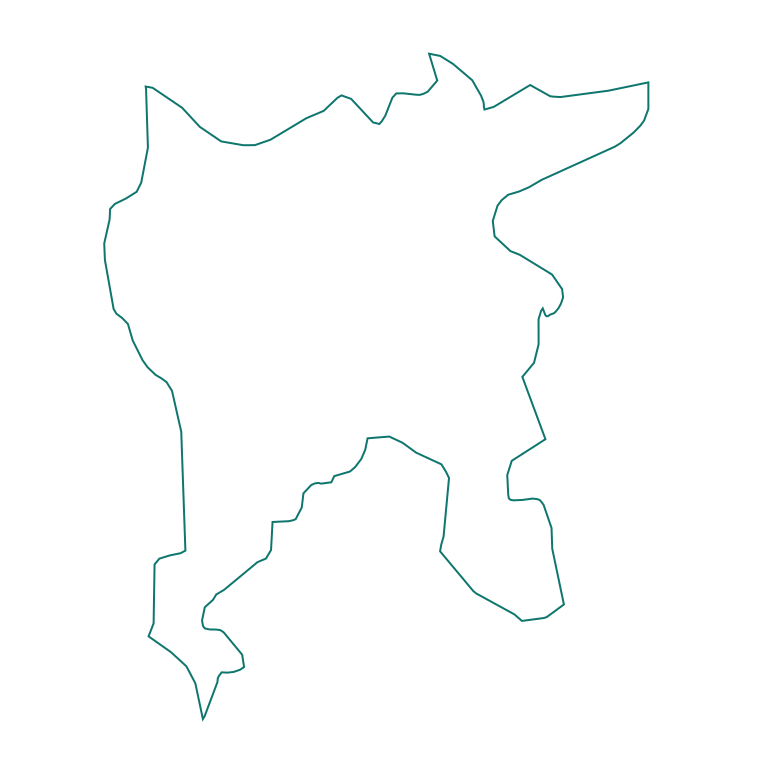 the Canton of Aargau, rotated 268°
{"feature_id": "CHE-162", "entity_name": "Aargau", "entity_type": "Canton", "adm_level": 1, "iso_a3": "CHE", "parent_name": "Switzerland", "parent_adm1": "", "projection": "robinson", "projection_center": [8.112, 47.382], "detail": "fine", "context": "isolated", "style": "outline", "palette": "teal", "viewbox_px": 768, "rotation_deg": 268, "n_neighbors": 0, "source": "natural_earth", "source_scale": "10m", "svg_char_len": 2344}
<svg xmlns="http://www.w3.org/2000/svg" viewBox="0 0 768 768"><g transform="rotate(268 384 384)"><path d="M534.2,109.3L557.9,115.5L568.5,116.4L573.4,121.4L578.3,132.4L584.7,143.5L593.7,148.4L628.4,156.3L686.9,156.5L689.6,156.2L688.1,163.1L667.1,191.9L647.4,208.9L632.1,229.8L627.6,251.5L627.2,263.2L632.1,279.1L652.3,315.6L659.1,333.3L671.6,347.4L673.9,351.6L670.1,361.1L645.8,382.2L644.0,388.4L646.7,391.0L652.0,394.6L669.9,402.4L674.0,406.5L673.8,413.7L672.0,426.1L671.7,429.8L672.6,433.5L674.6,437.9L685.4,447.8L712.5,440.6L709.9,451.6L701.5,464.1L684.5,482.8L668.7,491.1L662.6,493.2L660.2,493.5L657.4,493.5L654.8,494.0L657.1,503.3L677.7,540.5L665.8,560.1L665.3,563.2L664.6,570.3L669.3,618.5L676.2,658.7L675.5,658.7L649.6,657.8L638.2,653.1L633.2,649.2L626.5,642.1L616.4,628.7L613.2,623.1L582.5,548.6L575.5,535.6L571.7,525.8L568.8,514.7L563.7,508.1L558.3,503.7L543.2,498.4L527.7,499.7L512.4,515.0L508.3,524.3L487.5,555.8L472.6,565.3L464.4,566.0L458.2,563.7L453.9,561.2L450.5,558.3L448.8,556.4L447.6,552.6L446.1,550.3L446.1,548.7L447.4,547.6L454.0,545.3L451.5,543.5L443.2,540.7L418.3,539.9L400.0,534.7L386.3,522.5L323.2,543.4L302.8,509.0L288.7,504.0L269.1,504.3L265.3,504.8L263.9,506.3L263.2,509.4L263.3,518.5L264.3,528.2L263.8,532.2L263.1,534.5L262.6,535.6L261.1,536.9L257.6,539.3L234.3,546.4L213.4,546.4L157.4,556.1L145.5,538.7L144.6,536.0L142.4,513.6L149.2,506.3L171.4,468.9L174.1,465.9L214.8,434.2L221.4,435.6L229.4,438.2L287.8,445.7L294.3,442.8L301.7,438.6L314.2,413.8L324.6,400.5L331.3,387.4L330.3,365.7L318.8,362.9L309.9,358.7L301.9,352.2L297.7,346.9L293.7,331.1L287.6,327.9L286.6,317.6L287.4,315.2L287.1,311.5L285.6,307.8L277.6,299.7L263.5,297.5L252.0,291.0L251.1,288.7L250.2,284.1L250.0,267.8L222.0,265.3L213.7,260.0L210.4,251.4L183.8,216.9L179.5,209.0L174.3,205.6L167.1,197.1L154.0,193.9L148.5,194.7L146.0,196.4L144.8,201.1L144.4,208.2L143.7,211.9L141.4,215.1L118.4,232.8L106.0,234.3L103.5,230.3L101.5,223.8L101.0,217.2L101.5,211.7L98.1,208.9L96.0,207.7L91.8,207.1L58.4,193.2L55.5,191.3L91.5,185.0L108.7,176.7L123.3,161.9L140.0,139.9L152.8,145.4L211.7,148.4L217.3,153.4L220.2,164.1L222.0,174.8L224.4,179.7L343.4,179.7L384.5,171.9L393.4,166.8L397.4,161.8L401.1,156.0L408.9,148.4L416.3,143.5L436.2,134.4L452.9,130.2L459.1,124.6L463.6,119.0L468.4,116.4L517.7,109.4L534.2,109.3Z" fill="none" stroke="#0f766e" stroke-width="2"/></g></svg>